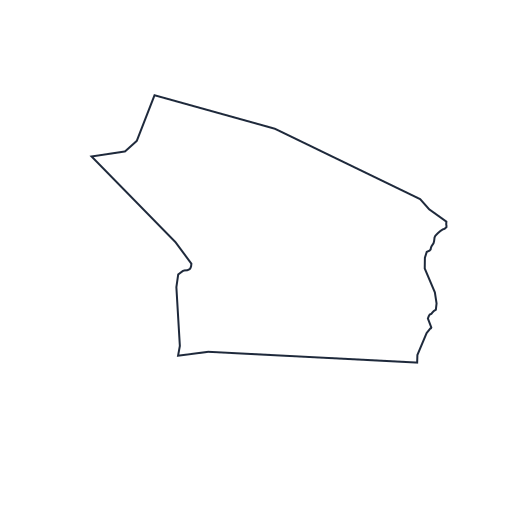 the Parish of Saint Andrew, rotated 115°
{"feature_id": "BRB-1990", "entity_name": "Saint Andrew", "entity_type": "Parish", "adm_level": 1, "iso_a3": "BRB", "parent_name": "Barbados", "parent_adm1": "", "projection": "natural_earth1", "projection_center": [-59.584, 13.25], "detail": "fine", "context": "isolated", "style": "outline", "palette": "slate", "viewbox_px": 512, "rotation_deg": 115, "n_neighbors": 0, "source": "natural_earth", "source_scale": "10m", "svg_char_len": 849}
<svg xmlns="http://www.w3.org/2000/svg" viewBox="0 0 512 512"><g transform="rotate(115 256 256)"><path d="M284.5,64.9L363.0,258.8L379.3,284.5L369.7,287.0L317.9,315.0L305.6,318.7L300.5,316.0L299.3,314.7L298.0,312.3L296.9,311.3L295.8,310.5L294.4,310.3L292.7,310.5L290.3,311.3L277.5,334.8L235.3,447.1L216.6,418.9L202.0,412.7L153.2,415.9L132.7,292.7L135.1,131.2L140.5,118.8L144.4,98.0L146.9,97.0L148.2,96.1L149.4,95.6L150.5,96.1L151.7,96.6L153.0,98.0L155.5,99.5L158.4,100.8L161.8,102.0L163.8,102.0L165.9,101.3L167.6,100.8L169.5,100.5L172.7,101.0L173.9,101.0L175.2,100.8L176.3,100.5L177.8,101.0L180.1,103.0L186.2,102.2L196.0,97.8L213.4,78.5L222.7,72.3L228.7,70.3L230.7,71.6L232.8,72.3L234.3,72.6L235.6,73.8L237.5,74.0L240.0,73.8L246.7,66.9L247.6,66.9L248.0,67.4L253.7,68.8L277.5,67.9L284.5,64.9Z" fill="none" stroke="#1e293b" stroke-width="2"/></g></svg>